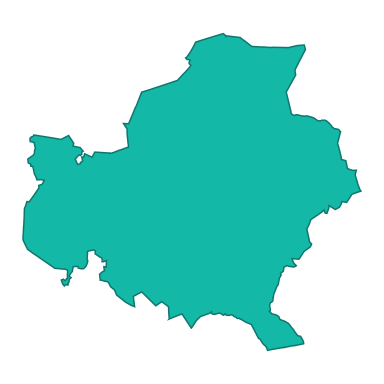 Lauberes pag., Ogre, Latvia (Albers equal-area conic projection)
{"feature_id": "27541924B63076675035337", "entity_name": "Lauberes pag.", "entity_type": "district", "adm_level": 2, "iso_a3": "LVA", "parent_name": "Latvia", "parent_adm1": "Ogre", "projection": "albers", "projection_center": [25.005, 56.837], "detail": "fine", "context": "isolated", "style": "filled", "palette": "teal", "viewbox_px": 384, "rotation_deg": 0, "n_neighbors": 0, "source": "geoboundaries", "source_scale": "gbopen_adm2", "svg_char_len": 5663}
<svg xmlns="http://www.w3.org/2000/svg" viewBox="0 0 384 384"><path d="M220.9,34.3L205.5,39.0L195.7,42.1L194.9,43.7L193.8,46.0L190.1,52.5L186.6,57.4L185.9,57.9L185.7,57.9L185.9,58.4L187.1,59.6L189.8,59.7L190.2,60.1L189.8,60.9L189.4,61.6L189.1,62.2L189.1,63.4L189.5,64.1L190.9,65.3L190.2,66.4L189.5,67.3L185.1,72.3L183.5,73.8L180.0,77.6L178.1,79.6L177.8,80.1L177.5,80.4L149.5,89.7L141.6,92.2L138.9,99.3L136.4,105.7L135.2,107.9L133.1,113.1L128.6,123.8L123.5,123.5L127.1,129.0L127.1,133.6L128.1,143.6L128.3,144.7L128.5,147.0L121.1,149.7L118.2,150.6L116.2,151.5L111.8,153.1L111.4,153.2L110.0,153.0L110.0,153.3L109.9,153.4L109.6,153.1L98.1,152.3L94.8,152.1L92.1,157.2L84.6,153.8L83.7,157.1L81.7,157.0L82.7,161.1L80.4,162.6L80.2,163.8L77.7,164.5L75.2,159.1L79.0,154.9L80.5,155.4L81.7,154.3L81.8,152.1L83.2,151.2L80.1,147.6L73.1,146.1L73.7,143.3L73.7,143.2L68.6,135.5L63.0,138.4L61.2,139.4L60.3,139.3L52.3,137.9L34.7,135.1L33.7,135.1L33.7,135.7L33.7,135.9L30.5,137.5L29.9,138.9L30.2,141.6L34.0,142.4L33.9,142.5L34.1,142.9L34.2,143.3L34.6,144.9L35.3,148.1L35.2,148.8L34.8,149.7L34.6,150.1L34.5,150.6L34.4,153.4L34.0,154.2L33.2,155.2L28.2,158.8L27.8,159.2L28.3,163.1L30.7,164.1L30.7,166.1L32.9,166.6L34.4,173.9L35.8,176.6L37.0,179.9L41.0,179.6L44.2,180.3L44.0,180.9L42.0,184.4L38.8,185.4L38.8,185.8L38.9,188.0L33.4,196.0L29.2,201.8L27.0,201.5L26.9,201.6L25.5,206.2L24.5,208.3L24.3,211.8L24.2,216.2L23.8,225.1L23.6,226.3L23.6,226.9L23.4,230.9L23.2,235.2L23.1,235.8L23.0,236.0L23.1,240.0L24.6,243.3L27.6,249.3L33.1,253.4L36.2,255.4L54.8,268.3L65.5,269.3L67.6,270.3L67.7,270.6L67.3,275.3L67.6,276.5L67.4,278.0L66.5,278.7L65.9,279.9L64.6,280.5L63.5,279.2L61.3,280.0L61.7,281.1L62.7,284.0L64.3,286.0L65.1,285.1L65.7,284.8L66.6,284.8L67.9,285.1L68.1,285.0L68.1,284.7L67.8,284.4L67.8,284.0L68.5,283.2L68.7,282.3L69.1,281.7L69.1,280.8L69.2,280.0L69.3,279.5L69.3,279.1L69.7,278.8L69.7,278.7L70.8,278.0L71.1,277.6L70.1,276.9L69.3,276.3L69.2,276.0L70.3,274.1L70.7,273.3L72.3,271.6L72.5,271.1L72.5,270.8L72.4,270.6L73.3,266.6L77.2,266.4L77.9,266.4L78.1,267.8L78.2,268.0L81.1,268.8L83.3,268.7L83.8,268.6L85.4,266.9L85.9,266.3L86.1,266.0L86.5,265.1L87.2,263.3L87.8,261.0L87.1,258.7L87.5,253.4L87.4,251.8L88.2,251.1L93.8,249.9L95.4,251.0L95.1,253.8L99.6,256.9L101.7,258.0L101.9,258.4L102.0,259.1L102.4,260.7L102.3,261.1L102.0,261.4L102.1,261.7L102.3,261.6L103.6,261.7L104.3,261.5L105.8,260.7L106.4,260.5L106.3,264.5L106.2,267.1L103.9,266.6L104.0,268.5L104.6,270.6L102.9,271.5L101.7,272.4L100.0,273.8L99.6,274.3L100.2,279.6L100.2,280.2L101.4,280.2L105.4,281.4L105.6,281.3L105.8,281.3L108.3,282.1L110.7,286.9L114.5,289.9L116.7,295.1L119.6,297.4L125.5,302.1L130.9,305.2L134.6,306.7L133.3,296.4L138.6,293.6L141.7,291.9L155.8,305.8L161.8,301.7L168.5,306.7L168.8,312.5L168.8,313.3L169.2,318.8L169.0,319.1L174.8,316.7L177.0,315.8L182.0,314.0L188.8,324.3L189.1,324.7L189.2,325.0L191.2,327.9L191.2,328.0L191.3,328.1L191.6,327.8L196.2,320.9L196.5,320.4L200.5,316.5L209.6,313.3L211.5,311.9L211.6,313.0L211.6,313.3L211.9,313.6L212.4,314.0L213.3,314.3L214.4,314.3L214.7,314.4L219.0,313.1L220.6,313.4L223.0,315.1L223.4,315.2L224.2,314.8L224.9,313.9L225.4,313.8L225.6,314.1L226.0,314.9L226.5,315.3L229.0,315.4L231.3,314.8L231.6,314.8L232.6,315.3L233.2,315.5L233.9,316.4L234.5,316.7L236.1,317.1L236.6,318.0L237.3,318.4L237.7,318.5L239.4,318.2L239.7,318.4L240.0,319.1L240.5,319.2L241.5,319.5L243.3,320.8L243.9,320.7L244.6,321.3L245.2,321.9L251.3,324.5L252.1,325.9L258.5,338.3L260.1,339.2L262.8,343.6L264.3,345.1L264.9,345.5L265.8,346.6L266.2,346.9L267.6,350.4L272.1,349.4L283.7,347.4L283.7,347.6L284.0,347.5L286.2,347.1L286.4,347.0L290.6,346.2L291.5,345.9L294.7,345.6L302.5,344.0L303.7,343.7L303.4,341.4L300.7,336.4L297.7,335.7L294.6,331.5L293.4,329.6L291.5,327.4L290.2,325.5L288.3,323.3L285.1,321.4L280.0,319.5L278.7,316.5L276.3,315.0L271.6,313.7L270.2,311.8L269.4,311.4L270.0,310.8L270.3,310.3L270.4,310.0L269.6,305.1L270.1,303.7L270.4,302.8L270.8,302.5L271.1,302.4L271.6,302.2L272.1,301.7L272.7,301.1L272.8,300.9L273.5,295.7L274.0,293.6L274.3,292.8L276.9,286.4L277.9,285.1L278.2,284.5L279.3,278.8L279.4,278.2L281.2,275.0L280.7,274.3L280.5,273.9L280.5,273.5L283.3,271.3L283.7,268.9L283.7,268.5L283.8,267.3L283.9,267.2L286.2,266.0L287.2,265.6L287.5,265.7L288.7,266.3L293.8,267.0L295.8,266.2L296.3,265.6L294.8,264.2L293.9,263.2L293.5,262.6L292.0,258.6L299.0,259.2L301.9,254.7L304.2,251.3L304.4,251.1L305.8,250.2L307.0,249.3L310.0,247.2L311.3,244.9L311.6,243.9L309.7,242.2L306.8,229.0L309.1,224.5L310.9,219.5L314.1,217.4L321.9,212.0L323.9,210.0L325.3,213.2L326.9,213.4L328.8,208.2L329.0,205.6L335.3,209.5L339.5,207.2L341.0,204.4L342.0,201.6L346.7,202.4L352.0,194.2L358.2,192.0L360.6,191.3L361.0,191.0L360.1,190.1L358.0,184.7L356.9,180.6L355.7,176.9L355.2,174.7L356.3,170.2L353.7,170.4L352.2,170.3L347.5,168.6L345.8,160.7L341.5,159.5L341.1,156.8L339.9,151.7L338.2,145.3L337.5,144.1L337.7,142.8L339.8,134.6L340.6,131.5L340.2,131.3L339.7,130.9L338.7,129.5L336.2,128.9L334.5,128.7L333.8,128.4L333.4,128.1L333.3,127.7L332.1,127.0L332.0,126.8L331.4,125.7L329.4,123.4L326.5,120.9L325.1,120.2L321.9,120.2L320.5,120.8L319.7,120.9L318.5,120.8L317.8,120.7L316.0,119.5L314.6,118.4L313.7,117.9L310.5,116.8L307.0,115.9L304.9,116.1L301.6,115.9L297.7,114.8L296.7,114.7L295.4,114.9L294.8,115.4L294.0,115.3L292.3,114.7L290.7,112.7L291.0,112.3L291.0,111.8L287.3,96.5L286.2,92.1L295.7,75.0L294.9,70.1L300.1,59.8L305.4,49.7L304.3,45.1L304.2,45.0L299.1,45.4L296.6,45.7L288.4,47.6L272.8,47.3L270.1,47.5L262.8,46.9L262.6,47.1L252.9,46.5L252.0,46.5L251.6,46.3L250.2,45.3L247.4,43.0L243.9,40.3L243.5,40.2L240.1,37.5L226.8,35.9L225.8,36.3L225.9,35.8L223.3,33.6L220.9,34.3Z" fill="#14b8a6" stroke="#0f766e" stroke-width="1.5"/></svg>